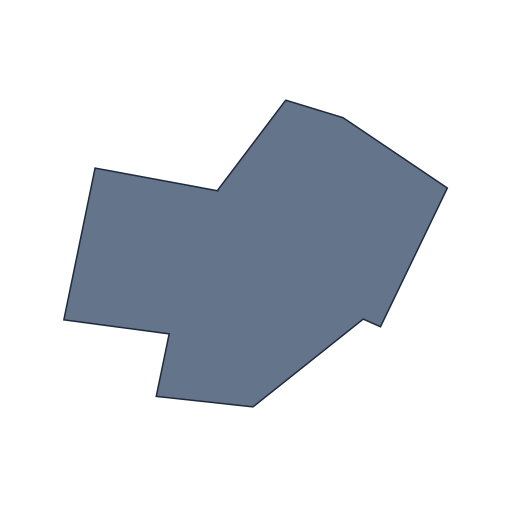 Bois D'Inde, Soufrière, Saint Lucia, rotated 79°
{"feature_id": "8701671B31799938456205", "entity_name": "Bois D'Inde", "entity_type": "district", "adm_level": 2, "iso_a3": "LCA", "parent_name": "Saint Lucia", "parent_adm1": "Soufrière", "projection": "mercator", "projection_center": [-61.035, 13.837], "detail": "fine", "context": "isolated", "style": "filled", "palette": "slate", "viewbox_px": 512, "rotation_deg": 79, "n_neighbors": 0, "source": "geoboundaries", "source_scale": "gbopen_adm2", "svg_char_len": 360}
<svg xmlns="http://www.w3.org/2000/svg" viewBox="0 0 512 512"><g transform="rotate(79 256 256)"><path d="M225.8,55.2L136.9,144.1L108.5,197.5L108.8,197.2L184.0,281.0L184.7,281.1L139.0,397.2L282.0,456.8L315.9,356.1L374.8,380.7L402.9,289.8L403.5,287.7L338.4,162.8L349.2,147.3L346.9,145.6L225.8,55.2Z" fill="#64748b" stroke="#1e293b" stroke-width="1.5"/></g></svg>